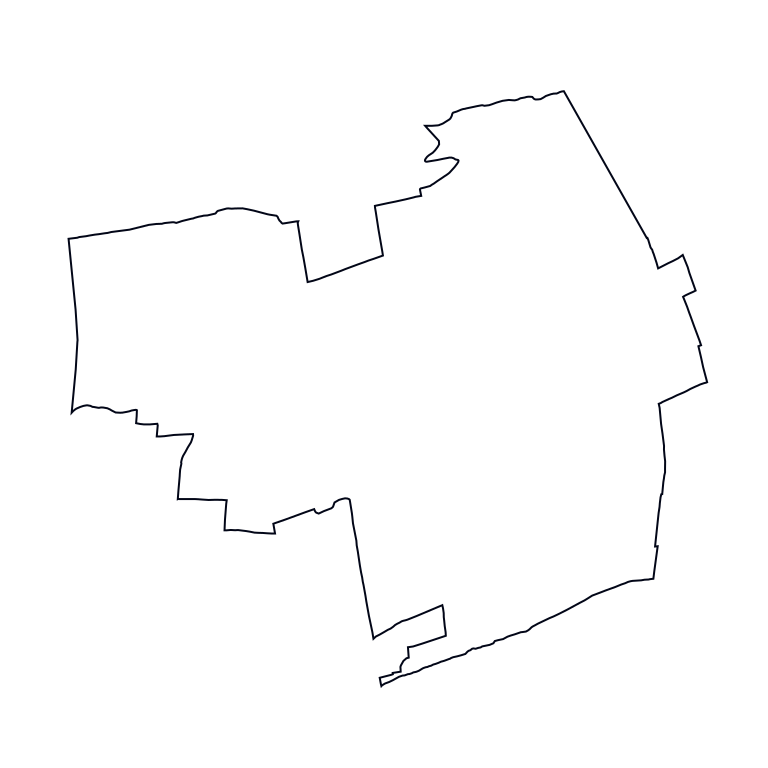 outline of Bacani, Vaslui, Romania, rotated 93°
{"feature_id": "2599482B44404809262636", "entity_name": "Bacani", "entity_type": "district", "adm_level": 2, "iso_a3": "ROU", "parent_name": "Romania", "parent_adm1": "Vaslui", "projection": "robinson", "projection_center": [27.679, 46.327], "detail": "fine", "context": "isolated", "style": "outline", "palette": "ink", "viewbox_px": 768, "rotation_deg": 93, "n_neighbors": 0, "source": "geoboundaries", "source_scale": "gbopen_adm2", "svg_char_len": 6093}
<svg xmlns="http://www.w3.org/2000/svg" viewBox="0 0 768 768"><g transform="rotate(93 384 384)"><path d="M684.1,368.9L683.0,367.2L681.3,363.2L680.4,361.6L679.3,359.6L675.6,353.7L674.2,350.2L673.9,348.1L672.5,344.9L672.3,343.4L671.4,341.1L670.5,339.7L669.8,337.0L669.4,336.0L668.5,334.1L666.0,330.5L665.4,329.3L664.7,327.6L664.3,325.8L663.5,324.3L662.8,322.1L661.6,320.2L660.8,317.8L659.6,315.0L658.3,312.5L657.7,310.6L657.2,309.2L655.3,304.8L654.9,303.7L654.1,302.6L653.2,300.6L652.1,296.6L650.9,292.9L649.3,288.6L646.9,286.6L646.0,285.5L645.3,283.8L643.8,282.2L643.4,280.9L643.6,278.6L642.6,276.1L642.0,273.7L640.9,272.2L639.0,264.9L637.2,261.2L634.9,259.9L633.9,256.9L633.3,254.7L632.5,251.7L629.9,247.5L628.6,244.4L627.1,240.2L624.7,234.3L624.5,232.9L623.8,229.3L622.4,227.1L621.3,225.8L619.2,223.9L618.3,222.7L617.0,220.5L615.3,217.8L609.1,206.4L607.3,202.6L604.7,197.8L599.7,189.1L592.4,177.2L589.6,172.4L587.6,169.5L584.4,165.0L580.4,155.9L578.6,151.9L574.6,142.4L571.8,136.5L570.3,132.7L568.9,130.0L568.0,127.3L567.6,125.5L566.6,116.9L565.8,113.5L565.4,109.5L565.0,108.3L564.4,104.8L557.0,104.3L531.7,102.2L532.1,104.8L498.3,103.0L492.4,102.4L488.5,102.3L482.7,101.9L479.6,101.3L479.4,100.4L467.3,99.9L463.7,99.5L460.8,99.3L457.5,98.7L454.2,98.9L446.4,99.2L441.1,100.1L434.7,101.0L431.2,101.1L418.9,103.3L409.4,105.2L393.4,107.5L389.4,108.6L388.6,106.7L387.4,105.0L384.1,98.7L382.7,95.8L380.0,91.0L376.7,84.2L375.1,81.3L372.9,77.8L370.2,72.7L369.1,70.4L368.1,68.6L367.7,67.7L366.4,64.4L365.8,62.4L365.3,61.4L350.4,66.2L340.8,68.8L329.8,72.0L328.7,69.4L324.4,71.1L320.0,73.0L309.9,77.4L300.4,81.4L296.5,83.1L291.1,85.3L282.7,89.2L281.3,89.9L280.6,89.0L279.5,87.2L277.3,83.1L275.9,80.3L274.4,77.7L257.0,84.9L251.5,86.8L239.5,92.4L243.1,96.9L246.1,102.0L248.5,106.5L254.2,116.3L248.6,118.2L239.8,121.6L238.4,122.3L235.7,123.3L234.9,124.1L233.6,125.0L226.4,127.6L224.3,128.6L224.5,129.2L82.2,219.7L82.6,221.8L83.3,223.8L84.2,225.3L84.9,226.8L85.1,229.6L85.9,232.5L87.9,237.4L89.7,239.9L91.3,242.5L91.7,244.8L91.9,246.8L91.9,247.8L91.5,248.9L91.0,249.6L90.3,250.2L89.6,250.9L89.5,252.1L89.5,253.6L89.6,255.1L89.9,256.7L90.5,258.3L91.5,262.6L92.0,263.6L92.8,264.9L93.4,266.5L93.9,268.3L93.9,270.2L93.8,274.2L95.0,280.4L97.1,286.4L98.9,290.6L100.1,293.7L100.9,298.2L100.5,300.3L100.6,301.3L101.8,306.2L102.6,309.1L104.5,316.3L104.9,317.4L105.3,319.4L106.0,321.3L108.1,325.6L109.4,329.1L110.1,329.7L111.2,330.1L112.5,330.3L114.4,331.1L115.5,331.7L116.5,332.7L119.3,336.7L120.6,338.5L121.5,340.2L122.0,341.5L122.5,342.3L122.9,343.7L123.6,349.3L123.9,354.1L124.0,356.4L126.6,353.9L138.4,341.9L141.8,341.5L144.1,342.6L146.1,343.9L148.1,345.3L150.5,347.4L153.2,351.1L154.8,352.8L156.7,354.1L157.9,354.7L158.7,354.8L159.4,354.5L159.7,354.0L159.8,352.9L157.5,342.3L156.0,336.7L154.8,331.7L154.5,330.8L154.4,328.3L154.9,326.3L156.0,324.4L156.4,321.8L156.9,321.3L158.2,321.4L160.1,322.4L163.6,324.8L169.5,329.6L170.6,330.8L172.2,332.8L173.4,334.5L174.8,336.3L178.5,341.3L181.3,344.8L182.6,346.8L183.8,348.2L185.6,353.6L186.8,357.6L187.4,358.2L187.9,358.3L194.2,356.7L195.4,362.2L196.1,364.2L197.4,368.5L198.5,372.2L201.2,382.0L203.2,389.8L206.6,402.4L208.3,402.2L212.7,401.2L230.0,397.6L251.9,392.6L255.8,391.8L259.6,401.0L261.5,405.9L263.2,409.7L265.9,416.2L271.2,428.5L273.2,432.8L277.4,442.4L279.2,447.1L282.5,454.4L284.6,460.1L286.2,465.6L273.1,468.5L261.8,471.1L254.0,473.1L238.2,476.4L229.9,478.2L227.5,478.6L226.0,478.1L226.2,480.1L228.6,491.1L229.1,493.7L228.5,494.7L227.6,495.4L226.2,497.0L224.3,498.2L222.6,499.0L221.6,500.2L220.9,507.0L220.6,509.1L217.7,523.0L216.6,529.8L216.0,534.4L216.5,542.0L216.7,543.5L216.9,545.4L216.8,548.7L217.0,550.3L219.8,558.9L220.5,559.8L222.3,561.0L222.7,561.6L224.9,569.2L225.3,572.8L225.9,574.8L226.6,577.7L227.5,580.4L228.1,582.1L228.6,583.0L229.1,585.2L231.6,593.5L232.1,594.9L233.4,598.2L234.0,599.9L233.5,602.2L233.6,604.1L234.7,611.2L235.1,612.7L235.6,614.1L236.1,619.7L237.4,627.2L243.2,646.2L246.5,664.3L247.6,667.9L248.1,670.8L249.3,676.6L250.0,680.7L251.2,686.1L252.0,689.3L253.2,696.0L254.0,698.0L255.5,706.6L325.8,695.9L356.3,692.3L358.1,692.4L372.3,692.5L385.6,692.6L429.0,694.4L427.2,692.9L425.4,690.9L424.6,689.7L422.8,686.1L421.6,683.0L421.2,681.4L420.9,680.0L420.8,679.1L421.2,676.0L422.1,673.9L422.1,672.8L422.7,668.2L422.7,667.2L422.4,666.2L422.2,665.1L422.2,663.1L422.7,659.0L423.8,656.2L424.7,654.6L426.5,650.5L426.5,646.0L426.3,643.8L425.3,639.5L424.6,636.9L423.7,634.7L423.2,632.6L422.8,630.6L422.9,629.7L423.1,629.4L429.3,629.3L436.1,629.5L436.7,625.4L436.9,621.9L436.6,615.7L435.6,608.3L437.2,607.8L448.3,608.2L448.1,604.8L447.6,600.6L445.9,591.2L444.7,579.7L444.0,572.1L445.6,571.9L450.4,573.1L452.5,573.8L457.6,576.6L462.3,578.8L466.1,580.8L468.3,581.6L470.4,582.1L472.9,582.5L473.7,582.2L475.0,582.3L480.1,583.1L484.5,583.2L486.9,583.2L501.0,583.7L509.8,583.9L509.5,583.2L509.6,582.4L508.8,567.2L508.8,563.6L508.9,559.8L509.0,553.0L508.5,547.0L508.3,542.4L508.2,539.8L508.3,535.0L512.0,535.3L527.8,535.7L538.5,535.6L538.4,533.7L537.8,529.6L537.8,525.0L537.5,522.1L538.1,513.8L538.5,510.2L539.2,505.5L539.2,501.7L539.1,497.3L539.2,492.3L539.2,488.8L539.0,485.0L529.3,487.2L524.6,475.6L516.1,455.7L512.6,447.2L514.5,446.3L515.7,445.4L516.1,444.7L516.8,442.4L514.1,437.4L510.9,430.1L509.6,428.7L508.7,428.3L504.9,427.2L502.1,422.9L501.0,419.8L500.2,416.9L500.3,414.5L500.8,412.9L501.4,412.2L503.1,411.8L514.7,409.3L518.2,408.7L524.7,407.7L541.9,403.4L546.6,402.8L552.6,401.4L566.9,398.5L573.5,397.0L578.3,395.7L582.7,394.8L585.9,393.9L596.6,391.4L601.9,390.3L616.4,386.9L632.5,382.6L639.0,381.2L636.6,378.9L634.6,375.4L631.7,370.9L629.3,367.3L627.9,364.6L625.9,362.1L624.1,360.3L622.7,358.2L621.5,356.0L620.1,354.0L619.5,352.5L618.8,350.1L618.1,348.2L614.0,339.3L601.8,314.2L605.0,313.3L609.6,312.4L613.7,312.1L617.2,311.5L622.5,310.7L628.5,309.5L632.2,309.1L641.2,332.1L644.6,341.2L645.6,346.3L656.0,345.0L656.7,347.2L659.5,350.1L664.2,352.4L665.7,352.8L668.2,352.5L670.4,352.3L672.1,360.2L673.4,360.0L674.1,361.7L677.6,372.9L683.9,371.4L685.8,370.8L685.3,370.4L684.1,368.9Z" fill="none" stroke="#020617" stroke-width="2"/></g></svg>